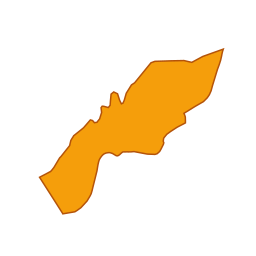 outline of Al Hashwah, Sa`dah, Yemen, rotated 193°
{"feature_id": "15242507B74180964049208", "entity_name": "Al Hashwah", "entity_type": "district", "adm_level": 2, "iso_a3": "YEM", "parent_name": "Yemen", "parent_adm1": "Sa`dah", "projection": "equal_earth", "projection_center": [44.261, 16.916], "detail": "fine", "context": "isolated", "style": "filled", "palette": "amber", "viewbox_px": 256, "rotation_deg": 193, "n_neighbors": 0, "source": "geoboundaries", "source_scale": "gbopen_adm2", "svg_char_len": 1774}
<svg xmlns="http://www.w3.org/2000/svg" viewBox="0 0 256 256"><g transform="rotate(193 128 128)"><path d="M203.1,60.1L189.5,46.8L183.9,41.3L172.4,30.0L172.2,29.7L160.9,34.4L159.1,36.2L156.0,39.7L151.5,47.6L149.7,53.2L149.1,55.7L149.0,57.5L148.9,59.3L148.9,62.0L148.6,78.9L148.6,79.2L148.7,80.8L148.8,82.2L148.9,83.8L149.0,85.4L149.0,87.0L149.0,88.6L148.9,90.2L148.5,91.9L147.9,93.4L147.4,94.6L146.6,96.0L145.8,97.1L144.7,98.0L143.7,98.7L142.5,99.2L141.1,99.7L140.0,99.9L137.4,99.7L135.3,99.0L133.4,98.4L132.3,98.4L131.2,99.0L130.2,100.1L129.2,101.6L127.9,103.3L127.1,103.7L125.7,104.0L124.5,104.3L123.4,104.6L122.2,104.8L121.1,105.1L119.8,105.4L118.6,105.8L117.4,106.2L116.6,106.4L116.2,106.4L111.1,106.6L103.8,106.9L103.6,106.9L102.3,107.1L97.7,108.0L95.9,108.3L93.8,109.5L91.9,112.2L91.1,114.8L89.9,119.8L89.8,120.5L89.8,121.2L89.9,122.0L90.4,122.5L90.6,122.9L90.7,123.3L90.8,124.2L90.9,125.4L90.9,126.0L90.8,126.5L88.8,130.6L85.7,134.2L80.2,139.9L73.2,145.9L73.6,147.7L74.6,151.5L75.5,153.1L76.8,154.9L67.3,164.3L60.4,170.7L57.6,175.2L56.2,178.8L55.4,183.0L55.2,188.4L54.0,205.5L53.4,210.1L53.0,214.8L53.0,216.8L53.0,219.1L53.1,221.3L53.1,222.6L53.1,223.9L52.9,226.3L71.3,214.5L71.4,214.4L80.6,206.3L88.9,206.3L89.4,206.1L100.9,203.2L116.8,199.0L120.3,196.7L123.4,190.4L131.7,173.5L134.3,170.8L137.5,161.5L137.9,154.1L138.5,151.1L139.9,150.1L142.4,153.1L145.9,159.0L150.0,159.9L152.1,157.2L151.2,150.5L150.8,147.9L150.5,146.1L151.8,143.5L156.6,143.7L158.1,143.4L158.8,141.7L157.2,137.2L157.7,130.5L158.9,128.0L159.5,126.6L161.9,125.6L164.2,127.3L166.5,127.4L171.3,118.3L172.9,116.2L179.2,108.2L179.8,106.2L180.0,105.8L180.9,103.0L180.9,97.7L186.9,85.1L187.9,83.5L191.3,72.9L192.7,69.9L193.6,68.3L203.1,60.1Z" fill="#f59e0b" stroke="#b45309" stroke-width="1.5"/></g></svg>